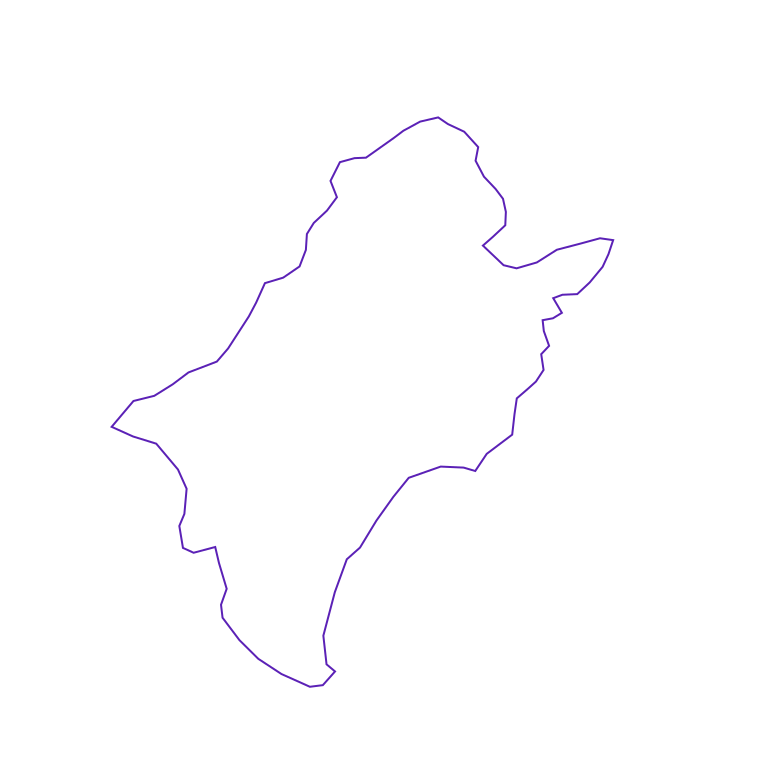 Kalyvakia, Cyprus, rotated 233°
{"feature_id": "46923920B14026353956813", "entity_name": "Kalyvakia", "entity_type": "district", "adm_level": 2, "iso_a3": "CYP", "parent_name": "Cyprus", "parent_adm1": "", "projection": "orthographic", "projection_center": [33.542, 35.261], "detail": "fine", "context": "isolated", "style": "outline", "palette": "violet", "viewbox_px": 768, "rotation_deg": 233, "n_neighbors": 0, "source": "geoboundaries", "source_scale": "gbopen_adm2", "svg_char_len": 1294}
<svg xmlns="http://www.w3.org/2000/svg" viewBox="0 0 768 768"><g transform="rotate(233 384 384)"><path d="M259.6,404.5L266.4,424.0L266.4,440.9L266.4,455.9L281.4,470.1L292.6,481.4L293.6,496.4L294.5,506.8L299.2,519.9L313.2,527.5L315.1,538.8L330.1,543.5L339.5,549.1L334.8,558.5L333.8,568.9L350.7,570.8L347.9,580.2L339.5,592.4L341.3,609.4L346.0,629.1L352.6,641.4L361.0,653.6L370.4,644.2L377.9,625.4L387.2,602.8L389.1,579.2L396.6,559.5L406.9,551.0L435.0,546.3L436.0,559.5L437.8,576.4L448.1,584.9L460.3,590.5L472.5,590.5L489.4,588.6L507.2,591.5L516.5,601.8L537.2,599.9L553.1,591.5L564.3,587.7L571.8,570.8L574.6,551.9L574.6,539.7L575.6,505.8L582.1,496.4L587.7,482.3L578.4,463.5L561.5,458.8L556.8,442.8L554.9,424.9L550.2,412.7L538.1,402.3L528.7,387.3L529.6,367.5L536.2,349.6L525.9,330.8L519.3,316.7L506.2,280.9L502.5,264.0L510.9,234.8L510.9,215.1L512.8,193.4L521.2,173.7L513.7,140.7L493.1,152.0L473.4,166.2L439.7,168.0L419.1,163.3L400.4,146.4L393.8,135.1L374.1,124.8L363.8,130.4L355.4,151.1L340.4,144.5L315.1,135.1L305.8,121.0L294.5,114.4L266.4,114.4L240.2,118.2L214.0,127.6L186.8,142.6L180.3,153.9L183.9,171.9L194.7,169.4L219.5,184.1L247.3,219.4L266.4,248.8L267.8,266.4L279.5,295.8L288.3,323.7L294.2,347.3L283.9,379.6L269.3,397.3L259.6,404.5Z" fill="none" stroke="#5b21b6" stroke-width="2"/></g></svg>